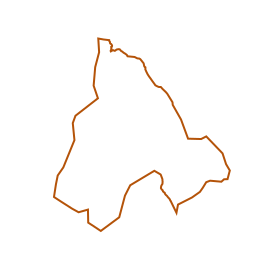 Buyant, Bayan-Ölgiy, Mongolia, rotated 76°
{"feature_id": "93677404B33301384060955", "entity_name": "Buyant", "entity_type": "district", "adm_level": 2, "iso_a3": "MNG", "parent_name": "Mongolia", "parent_adm1": "Bayan-Ölgiy", "projection": "natural_earth1", "projection_center": [89.723, 48.59], "detail": "fine", "context": "isolated", "style": "outline", "palette": "amber", "viewbox_px": 256, "rotation_deg": 76, "n_neighbors": 0, "source": "geoboundaries", "source_scale": "gbopen_adm2", "svg_char_len": 1814}
<svg xmlns="http://www.w3.org/2000/svg" viewBox="0 0 256 256"><g transform="rotate(76 128 128)"><path d="M177.0,216.5L177.2,216.4L177.7,215.9L178.0,215.6L183.4,210.6L192.8,201.7L197.8,196.3L197.5,186.6L210.2,189.5L221.3,179.3L212.5,158.1L192.9,147.3L184.1,139.7L175.9,112.8L180.9,107.7L181.4,107.5L184.9,107.1L185.9,107.0L186.6,107.1L187.4,107.3L188.5,107.4L189.6,107.8L190.3,108.0L190.8,108.3L191.0,108.6L191.7,109.3L192.2,109.7L193.2,110.2L193.7,110.4L194.4,110.6L194.8,110.5L195.4,110.3L196.0,110.1L196.4,109.7L196.9,109.4L197.5,109.4L198.0,109.4L199.0,108.7L199.6,108.1L199.8,108.0L200.0,108.0L200.4,108.1L201.1,107.9L202.0,107.5L202.6,107.1L203.3,106.6L203.8,106.4L204.3,106.2L205.2,105.8L206.0,105.3L206.8,104.9L207.4,104.7L207.8,104.6L208.3,104.6L208.7,104.5L208.9,104.3L222.0,101.5L214.4,98.0L210.9,82.7L207.4,73.7L204.1,69.9L199.5,65.2L199.0,61.1L202.7,50.4L201.0,47.2L201.7,43.8L193.9,39.5L186.8,41.6L175.5,42.4L155.1,54.1L156.4,59.7L152.9,72.3L132.6,74.5L116.4,79.0L113.8,78.6L104.3,81.6L102.3,82.6L98.5,85.0L96.2,86.2L95.6,88.3L94.4,89.8L93.2,91.1L92.7,91.3L91.6,91.7L88.2,93.1L85.8,94.0L83.1,95.1L80.5,96.0L80.4,96.0L77.7,96.6L75.2,97.0L73.8,96.5L73.2,96.5L72.9,97.0L72.0,97.3L69.5,97.2L69.0,97.2L64.2,99.4L63.4,100.2L62.7,102.1L60.7,104.4L58.3,111.1L56.7,111.5L54.7,113.2L53.9,114.1L52.4,115.1L51.8,115.9L49.7,117.0L49.3,117.8L49.1,119.6L49.2,120.3L49.9,121.9L49.8,122.5L49.0,123.4L48.9,123.9L49.3,125.6L49.5,126.1L49.0,126.2L48.1,125.6L47.6,124.9L46.7,125.0L46.2,124.8L45.3,124.7L45.2,124.0L44.5,123.6L43.9,123.5L43.1,123.8L42.5,124.0L41.7,124.8L41.0,124.9L40.1,124.7L39.3,125.1L38.2,125.0L36.2,130.3L34.0,135.2L47.5,137.7L61.0,145.1L78.6,151.1L91.9,150.0L103.4,176.0L109.9,180.4L126.8,182.9L150.6,200.3L157.1,207.7L165.1,211.5L177.0,216.5Z" fill="none" stroke="#b45309" stroke-width="2"/></g></svg>